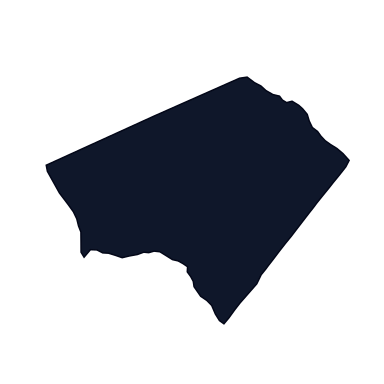 Carrasco Bonito, Tocantins, Brazil (Albers equal-area conic projection), rotated 281°
{"feature_id": "56859067B48669193450299", "entity_name": "Carrasco Bonito", "entity_type": "district", "adm_level": 2, "iso_a3": "BRA", "parent_name": "Brazil", "parent_adm1": "Tocantins", "projection": "albers", "projection_center": [-48.022, -5.331], "detail": "fine", "context": "isolated", "style": "filled", "palette": "ink", "viewbox_px": 384, "rotation_deg": 281, "n_neighbors": 0, "source": "geoboundaries", "source_scale": "gbopen_adm2", "svg_char_len": 1193}
<svg xmlns="http://www.w3.org/2000/svg" viewBox="0 0 384 384"><g transform="rotate(281 192 192)"><path d="M253.0,340.2L258.5,332.9L262.4,325.9L265.1,318.8L267.8,312.9L271.5,307.8L275.3,303.8L278.3,297.8L284.1,293.5L290.2,290.3L294.8,284.7L297.5,280.2L300.2,272.9L297.8,267.8L299.5,263.2L302.8,259.6L303.1,252.8L305.7,245.2L309.2,239.5L311.3,232.4L315.3,224.2L312.8,217.0L259.3,140.3L190.5,43.8L184.7,46.1L165.7,62.1L156.2,72.7L150.0,79.3L143.7,84.0L137.0,87.1L131.5,90.6L120.2,92.9L111.7,94.6L107.4,98.5L116.0,103.3L117.0,109.7L115.2,116.0L116.0,121.7L115.2,129.0L114.2,136.0L117.3,142.8L120.2,150.3L123.7,156.1L124.2,161.1L126.7,166.0L127.2,171.9L124.5,179.0L121.9,185.7L121.7,191.5L120.0,196.8L117.8,201.9L112.7,202.6L108.8,206.8L104.5,210.3L99.4,212.1L95.7,215.9L91.3,220.4L88.4,227.2L84.4,233.0L76.7,238.2L71.0,243.5L68.7,248.5L75.2,252.1L84.9,256.6L92.2,260.3L114.2,273.1L124.0,275.7L130.0,278.9L134.4,281.0L140.3,284.0L150.5,289.0L159.9,293.8L167.7,298.0L175.4,301.8L182.4,305.3L189.8,309.0L194.0,311.1L199.8,314.1L205.0,316.6L212.6,320.6L218.2,323.6L222.5,325.9L228.4,328.9L234.3,332.1L240.8,335.5L246.1,338.2L253.0,340.2Z" fill="#0f172a" stroke="#020617" stroke-width="1.5"/></g></svg>